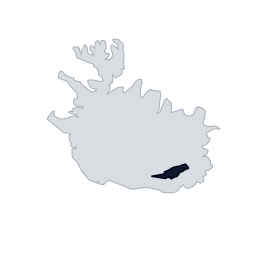 location of Fljótsdalshreppur, Austurland, Iceland, rotated 37°
{"feature_id": "244011B28727550371532", "entity_name": "Fljótsdalshreppur", "entity_type": "district", "adm_level": 2, "iso_a3": "ISL", "parent_name": "Iceland", "parent_adm1": "Austurland", "projection": "albers", "projection_center": [-15.091, 64.811], "detail": "fine", "context": "in_parent", "style": "filled", "palette": "ink", "viewbox_px": 256, "rotation_deg": 37, "n_neighbors": 0, "source": "geoboundaries", "source_scale": "gbopen_adm2", "svg_char_len": 5509}
<svg xmlns="http://www.w3.org/2000/svg" viewBox="0 0 256 256"><g transform="rotate(37 128 128)"><path d="M186.4,79.6L188.3,79.7L191.4,78.4L195.8,74.3L197.7,73.4L202.0,73.3L196.8,77.3L194.9,81.7L193.4,83.8L193.4,84.7L197.1,87.4L198.9,86.5L199.7,86.8L200.4,88.1L200.9,90.5L200.6,93.1L199.5,95.7L198.1,97.9L198.3,98.5L199.5,98.9L205.6,97.5L206.3,100.7L206.8,101.7L206.7,102.8L204.3,106.2L207.1,104.0L209.4,103.4L213.3,104.4L214.9,105.6L215.9,107.7L217.9,107.0L218.8,108.2L218.8,109.5L218.0,113.2L215.7,115.0L217.2,117.6L218.4,117.6L218.6,118.2L218.5,119.8L216.7,121.6L219.8,123.6L220.2,124.3L220.0,126.6L219.5,127.9L218.7,128.7L216.5,128.9L215.2,129.8L215.7,131.2L215.3,135.1L213.7,138.4L212.1,140.1L210.5,141.2L206.2,140.0L206.4,142.8L204.8,144.5L205.1,145.9L205.7,146.7L205.4,148.5L203.4,152.3L202.0,153.5L199.2,155.0L195.1,158.4L191.0,158.4L180.7,163.2L176.6,165.8L169.2,173.6L166.0,175.6L160.7,176.5L144.7,181.1L142.7,184.2L142.6,184.9L143.3,186.1L142.0,188.3L139.5,189.8L138.3,189.7L136.4,188.2L136.1,188.9L136.8,190.6L128.8,192.9L118.0,190.8L108.7,186.2L101.2,184.9L96.3,179.1L96.2,178.2L96.9,176.7L98.9,176.1L98.1,174.4L94.7,177.0L93.6,176.8L92.4,175.5L92.4,174.4L89.8,173.7L85.5,169.9L85.2,169.1L86.4,168.1L86.2,167.8L83.7,167.8L79.8,170.5L58.1,169.4L57.6,167.7L57.5,161.5L58.5,159.0L59.4,159.3L61.5,163.1L67.4,161.8L69.9,160.8L72.4,157.7L73.7,156.7L75.9,152.7L77.9,150.2L81.7,149.4L78.5,148.3L72.8,151.1L71.0,150.9L72.0,149.5L74.0,148.1L72.8,147.8L72.4,147.0L72.5,145.4L73.7,143.0L80.5,139.1L79.1,138.1L74.4,141.1L71.1,141.9L68.7,140.1L67.7,137.8L67.9,136.9L69.7,134.4L69.5,133.8L68.5,133.4L66.0,130.6L61.6,130.3L51.0,127.5L42.4,129.9L40.7,128.0L39.6,124.4L40.1,123.1L41.6,122.5L45.5,123.2L51.6,122.3L54.5,120.7L55.5,121.3L55.8,122.4L59.6,121.3L61.7,119.8L64.9,121.0L77.1,121.4L78.9,119.3L79.8,116.6L79.6,116.0L74.9,118.1L73.9,117.9L68.9,116.0L67.2,114.3L68.0,113.1L71.0,110.8L78.3,107.2L79.4,106.4L79.6,105.4L77.1,103.2L71.9,103.1L70.8,100.8L66.7,99.0L63.8,99.4L62.5,97.9L44.8,102.7L39.8,98.7L36.0,97.6L35.8,96.6L38.5,93.8L40.2,93.5L41.7,94.0L44.3,96.6L46.3,97.5L44.2,94.0L44.5,91.0L43.8,90.1L43.3,88.0L43.7,87.3L46.7,88.2L51.1,92.4L53.6,92.1L56.9,90.2L50.2,88.1L48.4,85.0L50.1,83.8L53.7,84.5L50.3,79.2L50.3,78.3L51.2,76.3L55.9,78.8L53.7,75.7L53.7,75.1L54.5,74.6L55.2,73.0L56.5,72.5L58.9,73.4L62.4,77.1L62.8,78.1L62.6,81.4L64.1,81.1L65.9,81.8L67.7,79.7L68.7,80.4L69.3,82.5L68.6,86.9L69.9,85.5L71.7,85.6L72.4,82.0L72.4,79.0L66.9,75.0L64.9,72.2L65.3,71.4L66.5,70.8L72.7,71.0L70.3,69.2L69.8,67.7L65.1,67.7L62.8,66.8L62.8,66.0L63.9,65.1L67.0,63.1L72.4,63.6L74.4,64.5L78.0,69.9L81.1,72.3L86.0,79.7L89.3,82.7L89.4,83.3L88.8,84.1L87.3,84.8L89.3,86.2L90.4,88.1L90.4,88.9L88.7,94.2L87.2,95.9L83.9,94.5L84.5,96.3L86.8,98.4L87.2,99.5L86.7,100.5L87.9,100.3L88.2,100.9L87.4,103.9L86.7,105.0L88.6,105.8L89.9,107.5L91.0,113.9L92.3,109.2L93.0,107.5L93.9,106.9L95.3,102.1L97.8,99.4L100.0,98.5L101.9,102.1L103.5,102.6L105.6,96.7L106.2,92.3L106.1,87.4L106.7,83.9L107.9,82.0L109.4,81.4L112.2,83.7L114.3,88.8L117.7,94.3L120.3,95.8L120.8,95.7L121.3,94.0L121.4,87.0L122.9,83.4L126.1,82.7L131.0,79.6L132.0,79.6L134.2,81.7L138.0,88.9L140.8,92.3L142.1,97.5L142.7,98.5L143.5,96.9L143.6,94.7L140.6,83.8L140.6,82.3L141.0,81.2L147.4,82.0L148.8,83.3L153.0,89.6L155.3,87.2L159.9,80.1L161.4,80.4L165.0,83.4L166.5,83.2L170.9,80.7L171.9,77.3L170.2,70.4L171.0,69.0L175.0,67.4L179.3,67.8L183.7,74.2L183.8,77.2L186.4,79.6Z" fill="#d9dde1" stroke="#a8b0b8" stroke-width="1"/><path d="M196.2,137.6L196.2,137.3L196.2,137.1L196.2,136.7L196.4,135.3L196.4,134.4L196.3,134.2L196.2,134.0L196.1,133.9L196.1,133.7L196.0,133.4L195.9,133.2L195.9,132.9L195.9,132.7L196.0,132.6L196.0,132.4L196.1,132.2L196.2,131.9L196.3,131.9L196.5,131.8L196.5,131.7L196.6,131.4L196.8,131.4L196.8,131.2L197.0,131.0L197.0,130.9L197.1,130.7L197.3,130.5L197.3,130.4L197.4,130.2L197.5,130.1L197.5,129.9L197.6,129.7L197.7,129.4L197.8,129.4L197.8,129.2L197.9,128.9L198.0,128.8L198.0,128.7L198.0,128.4L198.1,128.2L198.1,127.9L198.1,127.7L198.2,127.4L198.3,127.3L198.3,127.2L198.2,127.2L198.3,127.2L198.2,127.1L198.3,127.1L198.2,126.9L198.2,126.7L198.7,126.1L198.9,126.0L199.3,125.6L199.5,125.4L199.9,125.0L200.6,124.0L200.3,123.7L200.2,123.7L200.0,123.4L199.9,123.3L199.8,123.2L199.7,123.2L199.4,123.1L199.2,123.3L198.9,123.3L198.8,123.2L198.7,123.2L198.6,122.9L198.1,122.8L196.2,122.4L195.5,122.3L195.1,123.1L193.6,124.8L193.3,125.1L193.2,125.6L193.1,126.0L192.9,126.4L192.8,126.6L192.5,127.0L192.2,127.4L191.1,128.4L190.6,129.0L190.0,129.5L189.9,129.7L188.1,131.9L186.8,134.3L186.7,134.5L186.6,134.8L186.6,135.0L186.6,135.3L186.5,135.5L186.4,135.8L186.4,136.0L186.7,136.2L186.7,136.3L186.3,136.6L186.2,136.6L185.9,136.7L185.8,136.8L185.7,136.9L185.6,137.1L185.6,137.3L185.7,137.6L185.8,137.7L185.8,137.8L185.7,137.9L185.5,138.1L185.3,138.3L185.2,138.5L184.9,138.6L184.7,138.8L184.6,139.2L184.8,139.4L184.5,139.7L184.5,139.8L184.4,139.9L184.3,140.1L184.2,140.2L184.2,140.3L184.1,140.5L183.9,140.7L183.7,140.8L183.9,141.4L184.0,141.7L184.1,142.0L184.1,142.3L184.0,142.6L184.0,142.8L184.0,143.1L184.0,143.7L181.8,146.0L179.7,148.2L177.9,150.1L175.7,152.5L179.1,150.7L182.1,149.1L185.0,147.6L188.1,145.9L188.3,145.6L188.5,145.3L189.4,143.0L189.7,143.1L190.1,143.0L190.2,142.9L190.3,142.9L190.3,142.7L190.8,142.6L191.0,142.6L191.6,141.9L192.1,142.4L193.3,142.6L193.8,141.1L194.0,140.5L194.4,139.9L194.6,139.6L194.6,139.4L194.7,139.2L194.8,138.7L195.5,138.0L195.6,137.9L195.8,137.8L195.9,137.7L196.0,137.7L196.2,137.6Z" fill="#0f172a" stroke="#020617" stroke-width="1.5"/></g></svg>